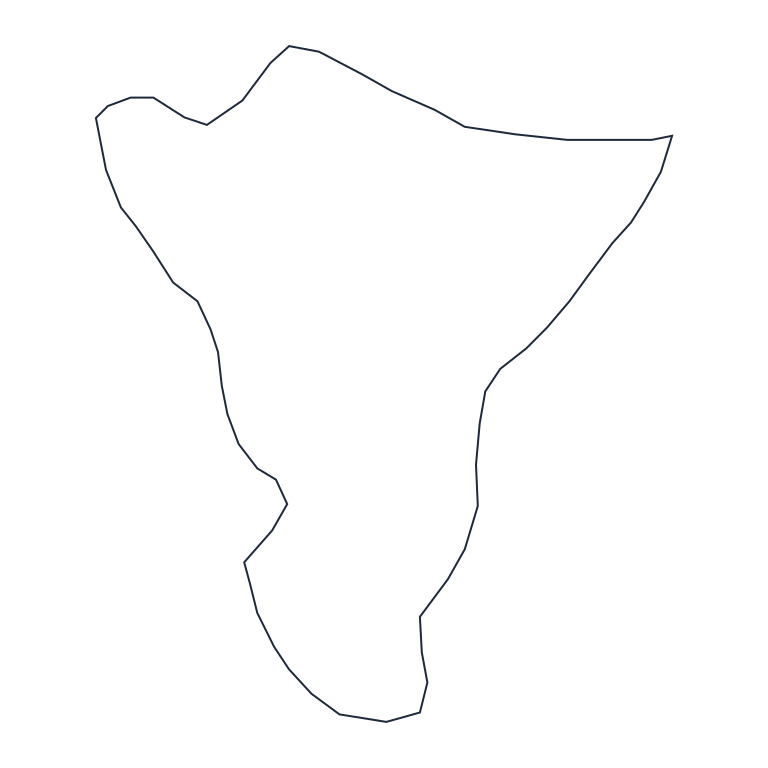 the district of Vokolida, Cyprus
{"feature_id": "46923920B93195640595309", "entity_name": "Vokolida", "entity_type": "district", "adm_level": 2, "iso_a3": "CYP", "parent_name": "Cyprus", "parent_adm1": "", "projection": "orthographic", "projection_center": [34.07, 35.367], "detail": "fine", "context": "isolated", "style": "outline", "palette": "slate", "viewbox_px": 768, "rotation_deg": 0, "n_neighbors": 0, "source": "geoboundaries", "source_scale": "gbopen_adm2", "svg_char_len": 862}
<svg xmlns="http://www.w3.org/2000/svg" viewBox="0 0 768 768"><path d="M95.9,118.0L106.0,169.9L120.9,207.5L135.8,226.2L152.7,250.6L173.2,282.6L197.5,301.3L210.6,329.5L218.0,352.0L221.8,385.8L227.4,414.0L238.6,444.0L257.3,468.4L276.0,479.7L287.2,504.1L272.2,530.4L244.2,562.3L249.8,583.0L257.3,613.0L274.1,646.8L289.0,669.3L311.5,693.8L339.5,714.4L386.3,721.9L419.9,712.5L427.4,682.5L421.8,652.4L419.9,616.8L447.9,579.2L464.8,549.2L477.8,506.0L476.0,464.7L479.7,423.4L485.3,391.4L500.2,368.9L526.4,348.3L547.0,327.6L569.4,301.3L589.9,273.2L612.4,243.1L631.0,222.5L644.1,201.8L660.9,171.8L672.1,135.8L651.6,139.9L621.7,139.9L567.5,139.9L515.2,134.3L464.7,126.8L434.8,109.9L391.8,91.1L361.9,74.2L319.0,51.7L289.1,46.1L270.4,63.0L242.4,100.5L206.9,124.9L184.4,117.4L153.4,97.6L130.6,97.6L107.9,106.0L95.9,118.0Z" fill="none" stroke="#1e293b" stroke-width="2"/></svg>